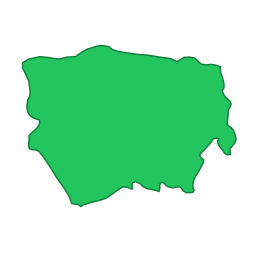 Karelichy, Grodno, Belarus (orthographic projection), rotated 183°
{"feature_id": "67162791B39609385147896", "entity_name": "Karelichy", "entity_type": "district", "adm_level": 2, "iso_a3": "BLR", "parent_name": "Belarus", "parent_adm1": "Grodno", "projection": "orthographic", "projection_center": [26.2, 53.507], "detail": "fine", "context": "isolated", "style": "filled", "palette": "green", "viewbox_px": 256, "rotation_deg": 183, "n_neighbors": 0, "source": "geoboundaries", "source_scale": "gbopen_adm2", "svg_char_len": 1968}
<svg xmlns="http://www.w3.org/2000/svg" viewBox="0 0 256 256"><g transform="rotate(183 128 128)"><path d="M38.9,194.0L40.3,194.3L44.5,195.6L49.0,195.8L53.3,195.1L58.2,195.6L61.6,198.5L65.0,201.4L70.6,202.0L75.9,201.4L78.2,199.8L81.6,197.3L83.3,196.9L88.3,199.3L90.7,199.7L101.7,200.6L111.8,201.8L122.6,202.0L132.0,202.9L141.0,203.8L147.5,205.4L151.5,208.3L157.3,208.9L162.2,208.5L170.9,205.3L173.2,204.5L178.5,201.0L184.2,196.5L192.5,195.6L199.6,193.4L204.0,193.4L211.9,194.2L217.6,194.5L219.9,194.6L230.9,191.5L236.6,187.5L236.5,182.7L233.0,176.5L229.5,169.5L228.9,166.0L228.0,161.7L227.6,157.6L228.0,154.0L229.6,150.9L230.1,145.0L229.9,142.4L228.6,138.1L227.5,136.7L225.4,134.4L222.8,133.1L219.4,132.0L217.2,131.5L216.3,129.0L217.2,126.1L219.0,123.1L222.2,119.8L225.3,116.6L226.5,114.7L226.2,111.9L226.3,107.4L226.3,104.9L225.2,102.0L222.1,101.3L218.7,101.3L215.9,100.1L213.3,97.4L210.6,94.3L206.1,88.2L201.6,82.1L197.1,75.3L192.6,69.7L187.8,63.6L182.7,55.8L180.2,49.6L176.0,49.1L173.7,49.1L171.0,47.1L168.2,49.2L165.0,50.2L160.3,51.9L153.9,53.9L146.4,56.6L140.6,61.0L134.8,65.7L130.1,69.0L125.4,68.8L122.5,67.5L120.2,67.5L121.0,70.9L120.7,73.7L117.6,74.8L112.9,73.0L110.0,70.3L106.1,68.5L101.7,68.0L97.3,67.2L93.6,66.4L93.1,69.6L93.4,72.7L92.1,75.5L89.2,75.0L87.1,72.7L85.0,71.4L80.6,70.6L77.0,71.4L73.6,72.1L71.8,71.1L69.9,68.5L66.8,66.6L63.7,66.6L60.0,67.1L58.7,69.2L59.8,71.1L60.3,75.0L59.5,79.9L58.2,83.0L55.3,88.0L53.2,92.7L51.1,96.8L50.8,100.2L53.4,102.0L55.0,104.4L53.2,107.5L50.0,110.9L46.4,115.6L44.3,118.2L42.2,121.6L39.0,122.6L36.7,122.3L37.5,120.3L38.0,119.0L35.9,114.8L32.3,110.8L30.2,107.7L27.3,106.4L24.2,106.9L25.0,110.6L25.0,112.9L23.1,115.2L20.8,118.4L19.4,122.3L20.7,126.7L22.5,131.2L25.4,134.1L27.2,134.8L29.2,137.2L28.8,145.0L28.8,148.4L28.7,151.5L27.3,154.0L26.3,157.5L27.8,160.2L32.8,164.3L35.1,168.3L35.9,170.3L34.3,173.0L34.4,176.3L35.1,179.3L36.2,183.2L38.4,188.1L38.9,194.0Z" fill="#22c55e" stroke="#15803d" stroke-width="1.5"/></g></svg>